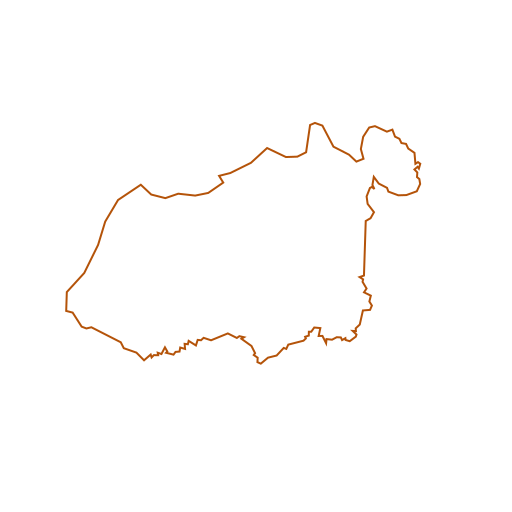 Krachi East Municipal, Volta, Ghana, rotated 57°
{"feature_id": "2480657B4921606442052", "entity_name": "Krachi East Municipal", "entity_type": "district", "adm_level": 2, "iso_a3": "GHA", "parent_name": "Ghana", "parent_adm1": "Volta", "projection": "orthographic", "projection_center": [0.372, 7.806], "detail": "medium", "context": "isolated", "style": "outline", "palette": "amber", "viewbox_px": 512, "rotation_deg": 57, "n_neighbors": 0, "source": "geoboundaries", "source_scale": "gbopen_adm2", "svg_char_len": 1919}
<svg xmlns="http://www.w3.org/2000/svg" viewBox="0 0 512 512"><g transform="rotate(57 256 256)"><path d="M371.0,211.8L370.0,206.3L359.9,196.0L363.3,189.7L360.7,185.8L355.9,185.7L351.8,181.3L345.3,185.2L343.5,181.0L335.7,180.7L333.9,178.9L330.1,180.6L331.2,176.1L286.4,144.9L286.7,139.3L283.5,133.2L273.1,134.0L266.3,130.8L261.0,123.4L261.2,121.2L264.3,120.2L259.9,119.7L253.8,114.1L262.1,113.6L270.2,109.0L274.1,109.9L282.6,103.6L286.8,96.7L289.3,85.9L285.0,79.1L280.4,77.1L277.5,78.0L273.8,75.2L269.7,76.0L269.2,71.9L271.4,71.8L268.1,68.0L265.5,69.0L265.5,72.1L255.8,66.9L248.8,69.8L243.7,69.1L240.5,72.5L235.8,71.9L231.6,74.4L224.3,72.8L223.0,78.5L211.9,85.5L209.9,91.1L214.4,101.2L223.4,109.8L233.0,112.9L231.5,120.4L221.7,122.8L206.5,131.5L182.8,129.3L176.5,134.1L175.6,139.3L196.3,157.5L195.2,167.2L189.3,177.0L171.5,187.9L175.1,209.5L172.4,232.4L168.7,243.3L176.6,243.5L177.1,261.7L172.2,274.1L161.4,287.3L158.1,300.5L147.4,310.4L133.5,313.8L133.9,341.2L145.0,363.7L160.7,382.4L176.7,409.3L183.2,434.3L198.7,445.1L203.6,440.6L220.3,440.7L224.4,437.7L226.1,432.9L254.7,416.4L261.3,417.1L271.9,408.9L282.5,406.7L281.3,398.0L284.2,398.8L283.5,395.7L285.9,392.1L283.6,391.1L286.7,388.7L283.0,382.1L287.8,382.4L288.2,384.1L293.8,378.9L292.6,375.7L294.5,372.2L291.5,369.4L295.3,366.1L290.8,363.7L292.9,361.2L290.5,358.7L298.3,355.1L294.6,350.6L296.7,348.0L296.1,344.5L302.2,339.6L305.6,321.8L314.3,316.7L314.2,313.6L317.6,310.3L317.5,313.3L329.0,308.8L337.0,309.7L337.8,311.8L342.2,310.0L345.8,312.6L348.9,310.6L347.8,301.3L350.7,292.9L348.2,282.8L350.4,281.2L347.9,277.2L352.9,262.3L352.3,259.1L350.5,258.8L351.5,255.1L348.3,252.9L349.6,250.9L347.7,246.1L351.5,241.3L357.2,247.0L359.2,243.8L367.3,244.7L364.1,242.1L367.6,237.8L368.1,232.5L370.5,229.2L373.4,229.6L373.6,225.8L375.2,226.6L378.5,223.8L378.0,216.2L376.6,214.5L371.5,215.7L373.4,213.1L371.0,211.8Z" fill="none" stroke="#b45309" stroke-width="2"/></g></svg>